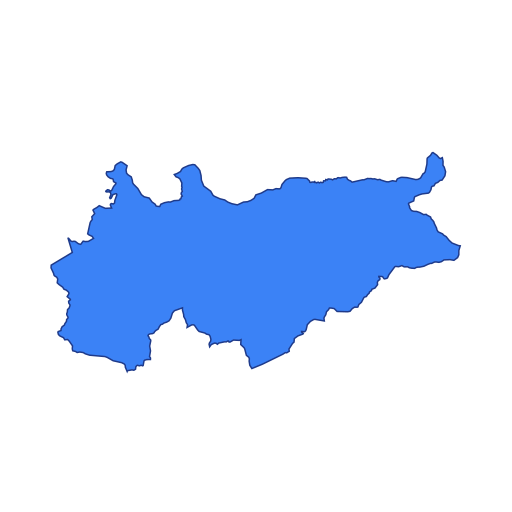 the district of Anapoima, Cundinamarca, Colombia, rotated 104°
{"feature_id": "7082276B58765294535219", "entity_name": "Anapoima", "entity_type": "district", "adm_level": 2, "iso_a3": "COL", "parent_name": "Colombia", "parent_adm1": "Cundinamarca", "projection": "robinson", "projection_center": [-74.53, 4.566], "detail": "fine", "context": "isolated", "style": "filled", "palette": "blue", "viewbox_px": 512, "rotation_deg": 104, "n_neighbors": 0, "source": "geoboundaries", "source_scale": "gbopen_adm2", "svg_char_len": 6127}
<svg xmlns="http://www.w3.org/2000/svg" viewBox="0 0 512 512"><g transform="rotate(104 256 256)"><path d="M112.8,109.3L113.5,110.2L116.1,111.0L119.4,113.4L120.3,113.5L125.5,112.4L133.4,112.2L135.1,113.0L135.7,113.8L140.5,115.2L142.4,117.3L143.2,119.4L143.4,128.4L144.3,133.3L144.7,134.5L146.6,137.1L147.2,137.6L149.7,138.1L149.9,141.7L152.1,145.6L152.4,147.6L152.1,153.1L151.7,154.4L152.6,156.4L152.4,159.6L153.0,161.3L153.0,163.2L153.6,165.2L153.7,166.4L155.9,169.6L156.4,171.3L161.1,180.6L160.2,182.5L160.1,183.9L159.4,185.8L157.7,187.1L157.9,188.6L158.9,191.4L160.0,193.3L160.0,194.7L160.3,195.7L161.7,196.7L162.1,198.7L163.6,200.1L163.3,201.5L163.8,204.7L164.9,205.2L164.9,206.8L166.2,206.8L166.7,208.6L168.3,208.6L168.9,209.7L168.7,211.0L169.8,212.2L169.3,213.6L170.4,214.9L170.0,216.0L170.5,216.6L170.4,217.1L169.7,217.3L170.5,218.2L170.6,219.5L171.4,220.5L171.5,221.5L170.3,222.2L168.5,225.2L168.5,226.3L169.9,234.2L172.3,242.1L174.5,245.0L175.9,246.0L180.3,248.1L183.7,248.3L184.8,248.9L185.2,249.5L185.8,252.9L187.8,255.7L188.8,260.9L193.7,266.1L196.7,270.9L200.5,271.8L203.3,274.4L205.4,277.4L206.7,281.2L210.9,286.4L211.1,292.1L210.5,296.4L209.2,299.9L209.2,304.8L208.1,310.9L207.4,312.5L204.1,315.6L200.8,323.6L195.7,327.3L191.2,328.8L186.7,331.2L184.9,333.3L182.3,337.4L182.5,339.4L184.5,343.3L188.1,347.9L189.7,349.0L192.3,349.7L195.1,352.6L196.7,355.0L198.5,352.8L198.8,350.3L199.6,348.5L203.1,345.6L206.4,345.0L207.1,344.4L209.0,344.4L211.2,343.1L212.3,343.7L213.9,343.7L215.7,342.0L216.6,342.7L218.6,342.7L219.1,343.5L220.1,343.6L220.8,344.7L222.1,348.9L224.4,352.2L224.7,354.1L226.4,357.7L228.8,360.9L231.3,361.4L231.7,364.1L231.6,365.1L230.2,366.3L228.7,370.0L225.6,373.6L225.6,378.9L224.2,382.0L219.1,387.0L215.9,392.3L214.8,393.4L212.3,394.4L209.4,396.2L208.2,399.7L207.0,401.6L203.9,402.9L199.6,402.9L197.5,408.5L197.4,410.0L200.2,413.0L202.3,414.5L206.4,414.4L208.2,415.5L209.2,417.2L210.4,421.2L212.0,421.3L213.4,420.6L214.9,418.7L215.9,416.0L215.8,413.7L216.3,413.1L218.3,412.2L219.1,409.5L220.0,409.5L223.0,411.0L226.9,411.8L228.0,412.5L228.0,413.7L227.5,414.7L227.6,416.1L229.1,417.3L229.8,417.3L230.0,416.6L229.3,414.0L229.6,412.6L231.4,411.6L234.9,412.1L235.6,411.3L234.9,410.5L231.0,409.6L229.6,407.4L229.4,406.5L229.6,406.2L230.3,405.8L236.0,406.4L238.9,406.1L240.0,407.0L240.1,409.1L240.9,409.7L241.7,409.7L244.4,407.7L246.2,413.7L245.1,420.3L247.3,422.0L250.0,424.8L250.9,425.3L253.9,422.8L257.7,424.8L260.2,423.7L262.4,424.7L263.8,425.0L275.2,424.7L275.9,423.3L276.6,419.7L278.2,417.9L282.4,422.2L283.3,425.1L283.4,427.3L287.1,428.9L287.2,429.3L287.0,431.5L285.6,434.8L285.7,436.2L286.4,437.7L286.4,439.0L284.1,442.2L284.3,442.6L297.0,435.1L314.4,452.5L317.1,452.0L321.7,448.3L323.5,447.3L324.0,446.7L324.8,444.2L326.3,442.8L330.1,442.4L331.3,440.3L333.0,436.0L334.7,434.3L335.0,431.8L336.1,429.6L336.8,428.8L337.8,428.4L341.1,429.4L342.9,425.7L343.4,425.5L345.2,426.9L346.9,426.3L348.4,424.7L349.1,424.5L351.5,424.7L353.6,425.9L356.2,425.5L357.7,425.7L358.8,425.4L361.0,423.5L361.8,423.5L363.5,424.4L365.3,424.1L367.9,425.1L369.4,425.2L371.5,427.0L373.9,427.5L375.5,427.2L377.2,429.7L378.2,429.7L380.0,428.7L381.0,427.0L381.8,423.0L383.6,421.3L382.6,418.6L383.8,416.6L387.6,412.3L390.6,411.8L392.3,410.9L392.3,408.0L392.9,406.2L391.8,403.8L391.5,400.3L392.2,398.0L392.5,393.5L390.1,378.2L390.4,375.7L392.2,369.3L392.0,360.5L392.7,357.6L393.8,356.4L395.5,355.9L399.2,353.1L398.4,353.0L396.5,348.8L396.4,346.9L395.0,345.5L392.5,345.8L391.2,345.2L390.7,344.5L390.8,342.6L389.8,341.0L390.0,339.5L389.6,339.0L385.0,339.3L384.1,338.9L382.9,336.9L382.0,333.4L380.5,333.7L379.3,335.0L373.6,335.4L369.1,337.4L363.7,337.6L362.7,338.1L362.0,339.5L360.5,340.3L359.5,341.5L358.3,341.3L357.3,340.2L356.3,337.5L355.1,336.3L354.0,336.1L352.3,335.0L350.7,333.3L348.0,332.7L345.6,331.8L344.8,330.3L343.3,329.1L341.8,326.7L339.9,324.7L336.9,323.6L331.6,323.3L328.8,321.9L324.1,314.8L326.2,314.3L330.2,312.1L332.3,311.4L334.8,309.1L337.6,307.5L339.2,305.8L342.0,305.6L338.4,301.7L337.9,300.2L338.1,299.0L341.9,294.7L343.0,292.9L343.1,287.0L343.8,285.1L343.7,282.6L345.0,281.1L347.8,279.6L349.7,279.4L351.4,280.1L352.9,280.2L355.3,279.0L352.8,278.0L350.6,275.3L350.3,273.7L351.0,272.1L349.5,271.1L347.0,266.0L346.5,264.0L345.3,262.8L345.2,262.1L346.0,261.4L345.8,260.4L343.0,257.5L341.9,251.7L340.8,250.3L345.6,249.4L347.9,245.3L349.0,244.4L354.7,241.3L356.0,238.5L357.3,237.6L359.7,237.2L363.5,235.6L366.2,232.8L359.5,223.7L344.7,206.1L342.7,204.3L342.5,202.8L340.4,200.7L338.3,201.5L332.0,199.4L330.4,198.3L326.8,198.8L323.4,196.0L320.4,191.6L319.7,191.4L319.0,193.2L318.2,193.5L317.7,190.5L316.6,189.8L315.2,189.5L310.3,189.6L306.3,187.4L303.7,184.7L303.2,183.5L302.5,174.0L300.0,175.0L298.9,175.0L296.1,174.1L293.0,174.1L290.5,172.6L288.7,172.2L288.3,170.3L288.1,167.4L290.2,163.9L287.9,153.5L286.9,151.4L283.8,149.9L281.8,148.0L281.2,145.4L280.8,144.8L278.2,144.5L275.4,142.5L270.4,141.3L269.7,140.9L268.6,139.1L266.5,138.4L264.7,137.2L263.5,137.2L261.7,135.6L260.3,135.6L258.3,132.8L254.4,131.1L252.2,131.9L250.4,131.5L249.0,130.2L248.1,130.2L247.5,130.5L246.8,131.6L246.1,131.9L245.4,128.9L245.5,128.1L247.0,126.4L247.1,125.7L246.0,123.6L245.3,123.1L241.9,122.5L232.8,118.7L232.3,117.9L231.9,115.0L230.0,112.1L230.7,109.6L229.8,106.3L230.3,104.4L230.2,102.2L229.6,99.0L228.6,98.1L227.8,96.7L227.1,94.3L225.3,90.6L222.5,87.2L221.0,85.0L220.7,83.8L218.7,81.4L218.2,79.8L217.9,77.0L216.7,74.8L214.3,72.6L212.6,66.9L212.3,62.9L208.8,60.0L205.8,59.5L201.6,60.5L196.7,60.3L196.9,62.0L196.0,68.9L194.1,72.4L191.2,76.2L190.3,79.1L189.4,80.3L188.5,85.1L186.7,86.9L185.3,87.5L181.0,91.1L180.1,91.5L178.6,93.2L177.7,94.9L175.9,96.1L175.0,99.8L174.4,100.9L175.3,103.4L174.2,107.5L173.9,110.9L174.5,113.9L174.3,116.2L172.0,118.7L171.2,118.8L168.5,120.7L167.7,120.5L164.4,116.3L160.9,116.5L160.0,116.2L157.1,112.4L155.6,109.9L153.3,104.0L152.3,103.1L149.4,102.3L146.5,102.4L145.7,101.9L144.9,100.3L142.1,99.5L140.6,97.4L138.2,95.8L137.3,93.8L132.5,92.1L128.4,92.4L124.2,94.9L122.8,96.5L118.9,97.4L115.5,99.0L116.8,100.5L116.6,101.9L114.5,104.9L112.8,109.3Z" fill="#3b82f6" stroke="#1e3a8a" stroke-width="1.5"/></g></svg>